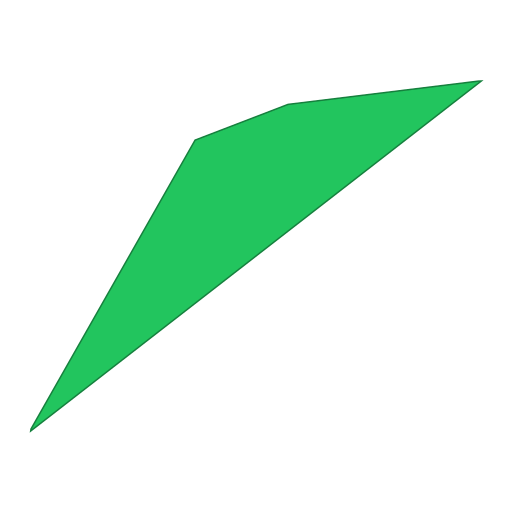 the Region of Banaadir
{"feature_id": "SOM-2407", "entity_name": "Banaadir", "entity_type": "Region", "adm_level": 1, "iso_a3": "SOM", "parent_name": "Somalia", "parent_adm1": "", "projection": "equal_earth", "projection_center": [45.457, 2.085], "detail": "fine", "context": "isolated", "style": "filled", "palette": "green", "viewbox_px": 512, "rotation_deg": 0, "n_neighbors": 0, "source": "natural_earth", "source_scale": "10m", "svg_char_len": 211}
<svg xmlns="http://www.w3.org/2000/svg" viewBox="0 0 512 512"><path d="M481.3,81.0L30.7,431.0L31.0,429.0L195.1,140.1L288.0,104.4L478.4,81.1L481.3,81.0Z" fill="#22c55e" stroke="#15803d" stroke-width="1.5"/></svg>